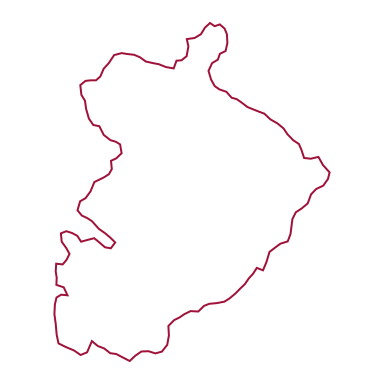 outline of Santana de Cataguases, Minas Gerais, Brazil
{"feature_id": "56859067B5954230458891", "entity_name": "Santana de Cataguases", "entity_type": "district", "adm_level": 2, "iso_a3": "BRA", "parent_name": "Brazil", "parent_adm1": "Minas Gerais", "projection": "equal_earth", "projection_center": [-42.562, -21.278], "detail": "fine", "context": "isolated", "style": "outline", "palette": "rose", "viewbox_px": 384, "rotation_deg": 0, "n_neighbors": 0, "source": "geoboundaries", "source_scale": "gbopen_adm2", "svg_char_len": 2037}
<svg xmlns="http://www.w3.org/2000/svg" viewBox="0 0 384 384"><path d="M263.0,270.3L266.4,262.2L269.5,251.9L275.5,247.3L280.4,243.7L287.7,241.4L290.5,234.1L291.3,227.8L292.4,219.1L295.8,212.3L301.6,208.5L307.7,203.4L311.1,194.3L316.2,189.0L323.3,185.6L328.0,178.9L329.6,172.4L323.0,165.1L318.4,156.9L310.9,158.7L304.1,158.0L301.5,150.0L298.9,144.0L293.2,140.2L287.5,134.3L283.5,128.4L277.6,123.5L270.3,119.3L264.4,113.7L258.3,111.4L253.5,109.5L247.4,107.0L241.0,102.1L236.6,99.1L231.6,97.7L226.4,91.8L219.4,89.4L214.7,86.1L211.1,79.6L208.5,70.9L212.1,63.1L217.8,59.7L219.9,53.8L225.6,51.0L227.4,43.0L226.9,34.2L224.6,28.6L219.8,24.4L214.7,26.2L210.0,23.0L204.9,27.7L200.9,34.2L194.6,38.0L186.8,39.1L188.4,46.4L186.6,56.2L181.5,60.3L176.5,60.7L173.7,68.4L166.1,67.1L158.8,64.2L152.9,63.1L145.8,61.5L140.0,57.3L134.2,54.8L127.2,54.0L121.7,53.1L114.1,55.1L108.8,63.1L103.7,68.7L100.3,76.5L96.0,80.3L90.7,80.3L85.5,80.9L80.3,85.1L81.4,94.9L85.0,100.8L86.1,108.9L88.9,118.6L93.3,125.0L99.3,126.2L103.8,135.0L110.5,140.2L115.7,141.7L120.1,144.4L121.6,153.2L116.2,158.4L111.0,160.8L111.8,169.1L108.9,174.2L103.5,177.6L94.4,182.0L90.5,191.4L85.6,198.1L80.1,201.3L77.5,210.3L81.9,215.6L87.1,218.0L92.0,221.2L98.8,228.8L105.3,233.4L110.3,237.6L115.2,242.5L110.8,248.3L105.0,247.3L99.8,242.8L94.2,238.2L87.6,239.9L81.1,241.7L77.3,235.8L72.0,233.0L66.3,231.2L60.9,233.4L61.7,241.7L66.3,248.1L69.5,253.9L66.5,259.9L62.7,264.4L56.2,263.7L55.7,271.4L56.7,277.7L56.4,284.9L63.7,287.3L67.5,295.3L61.2,294.7L56.5,297.5L54.9,304.4L54.4,314.2L55.7,323.7L56.7,334.9L58.5,343.4L65.8,347.0L74.1,350.5L80.6,355.0L87.1,352.3L91.9,341.1L97.8,346.0L104.3,348.5L110.2,353.2L116.2,354.0L122.7,357.4L129.7,361.0L135.2,355.8L141.4,351.5L148.4,351.2L155.4,353.4L161.9,351.6L167.2,344.9L168.9,335.6L168.4,326.0L174.0,320.2L179.6,317.4L184.3,314.2L190.6,311.1L198.3,311.5L204.0,305.9L209.3,303.8L216.8,303.1L224.3,301.7L229.4,298.5L235.2,293.7L240.4,288.4L244.8,284.2L248.8,278.4L253.1,273.7L256.8,267.9L263.0,270.3Z" fill="none" stroke="#9f1239" stroke-width="2"/></svg>